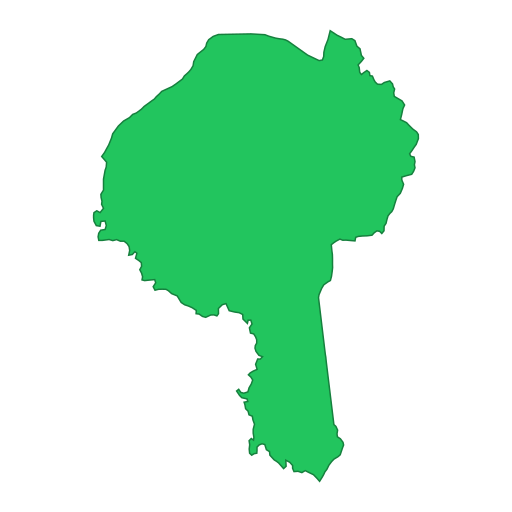 outline of Xambioá, Tocantins, Brazil
{"feature_id": "56859067B21009603096166", "entity_name": "Xambioá", "entity_type": "district", "adm_level": 2, "iso_a3": "BRA", "parent_name": "Brazil", "parent_adm1": "Tocantins", "projection": "mercator", "projection_center": [-48.449, -6.599], "detail": "fine", "context": "isolated", "style": "filled", "palette": "green", "viewbox_px": 512, "rotation_deg": 0, "n_neighbors": 0, "source": "geoboundaries", "source_scale": "gbopen_adm2", "svg_char_len": 4111}
<svg xmlns="http://www.w3.org/2000/svg" viewBox="0 0 512 512"><path d="M101.7,156.5L106.6,162.2L106.2,167.1L105.1,170.3L103.5,179.1L103.5,190.1L100.9,194.3L101.1,197.5L102.0,201.3L101.6,204.3L103.5,208.3L100.1,212.6L96.8,210.8L94.0,212.6L93.6,215.1L93.6,217.9L94.0,221.3L96.3,225.6L100.0,226.2L100.9,221.4L105.1,221.0L106.3,225.6L105.1,229.5L100.7,230.2L98.7,233.3L98.1,236.8L98.8,240.4L102.3,240.4L109.1,239.5L112.8,240.6L116.6,239.6L120.4,241.2L124.1,241.2L127.1,243.6L129.1,246.6L129.7,250.5L128.7,255.2L132.3,254.5L134.9,251.7L136.9,253.2L135.5,258.3L138.8,260.5L141.3,262.6L141.6,266.3L139.8,269.7L141.6,273.2L142.6,276.8L142.0,279.9L144.6,280.6L149.2,280.1L154.7,279.6L155.7,282.8L153.2,286.7L155.0,290.2L158.5,289.3L162.1,289.2L166.0,289.3L168.4,290.7L171.6,293.6L177.2,295.9L181.2,302.5L184.7,304.8L188.4,306.0L192.2,307.7L196.3,310.4L196.1,313.7L199.2,314.1L202.4,316.4L205.7,317.3L210.7,315.0L214.0,314.9L216.9,315.9L218.5,313.7L218.4,308.5L222.3,304.7L226.0,303.6L229.2,310.7L234.5,312.0L239.2,312.7L242.7,314.5L243.0,319.1L247.4,323.4L248.1,320.2L250.8,320.1L252.0,324.0L249.4,327.8L250.5,333.1L253.7,333.9L255.6,336.9L256.7,339.8L256.7,343.1L255.3,345.6L255.0,348.2L256.0,351.4L258.9,355.3L262.5,356.7L260.3,359.1L257.7,359.0L255.6,364.3L256.4,366.9L257.1,369.4L253.2,371.1L250.2,372.9L248.4,374.8L250.8,377.0L252.7,380.0L251.3,384.0L249.1,387.7L247.9,391.9L243.8,393.2L240.8,392.4L238.7,389.3L236.6,391.0L239.6,395.5L241.8,397.7L247.0,398.9L247.8,401.5L244.1,402.2L244.9,404.6L245.6,408.7L248.1,411.2L249.0,414.8L252.3,416.2L252.9,419.7L254.5,424.2L253.2,429.3L253.2,433.2L253.9,437.4L253.5,440.1L251.3,438.5L249.1,440.7L249.7,444.8L249.2,449.0L249.6,453.2L251.7,455.2L254.1,453.7L256.8,453.2L257.0,450.4L257.0,447.1L259.2,444.9L262.0,443.8L264.8,444.5L266.4,449.7L269.5,451.6L269.9,455.2L274.2,459.9L276.5,461.3L278.6,462.9L283.6,468.6L286.1,466.3L285.8,460.2L289.8,462.3L292.6,465.5L292.6,468.3L294.0,471.6L298.0,471.3L301.9,472.6L305.2,470.6L307.7,471.9L313.5,474.7L316.9,478.2L319.6,481.3L322.3,477.0L323.6,474.7L324.9,471.9L326.9,469.3L328.9,465.2L331.6,461.6L334.0,459.1L338.0,456.7L340.2,454.8L341.0,452.4L342.6,447.6L343.6,445.0L343.0,442.3L340.4,438.8L337.4,436.8L337.0,433.8L337.6,430.1L335.9,426.4L333.9,424.6L327.8,374.6L326.2,361.3L325.8,357.2L325.3,354.3L318.5,297.6L319.0,294.7L321.7,288.3L323.8,284.8L327.7,282.0L330.4,280.5L331.5,276.3L332.2,271.3L332.6,267.6L332.5,264.3L332.5,258.4L332.4,254.6L331.9,251.0L331.3,244.7L333.8,242.7L336.3,241.0L339.9,239.1L342.7,240.2L346.0,240.1L351.3,240.6L355.0,240.9L355.7,237.3L358.3,236.4L362.4,236.0L367.2,235.8L372.0,235.2L374.2,232.8L376.8,230.9L379.6,231.3L381.8,233.5L384.0,230.8L384.1,226.2L386.0,223.4L386.9,219.6L388.0,215.9L389.9,213.4L391.8,211.6L393.3,208.8L394.6,204.3L396.1,199.6L397.1,196.7L400.3,193.3L402.4,188.4L403.6,184.3L401.8,180.0L401.8,177.1L406.3,175.7L411.7,174.3L413.6,171.3L415.0,167.8L414.4,164.8L415.0,161.6L414.1,157.1L410.8,156.3L409.6,153.8L412.2,150.2L414.1,147.3L416.2,144.4L417.3,141.5L418.4,138.6L418.3,134.5L416.6,131.9L412.6,128.9L408.7,125.0L406.6,122.7L403.3,121.0L400.4,119.6L401.7,114.4L402.9,108.7L404.6,105.0L402.0,100.9L394.3,96.4L393.7,92.9L394.6,89.0L393.2,86.8L392.5,83.9L389.8,80.9L384.3,82.5L381.5,84.4L377.5,84.2L375.2,82.0L373.9,79.7L372.4,76.1L369.9,75.6L369.4,72.4L366.9,70.5L363.7,72.7L361.4,74.5L359.7,72.3L359.2,67.6L358.1,64.9L361.4,61.4L363.8,58.3L361.4,55.4L360.0,48.8L356.9,46.2L354.9,40.6L351.8,38.7L345.2,39.3L341.0,37.1L337.2,35.3L330.2,30.7L328.0,39.5L325.2,46.6L323.9,52.2L323.7,56.5L322.4,60.0L319.1,60.6L307.6,55.1L288.1,41.2L285.5,39.9L282.8,39.2L279.5,38.8L275.5,38.1L268.8,36.2L264.9,34.7L250.9,33.9L218.4,34.5L213.2,36.4L208.7,39.7L206.7,43.1L205.9,46.5L203.7,49.4L197.3,54.5L193.7,61.7L193.1,65.7L190.8,69.6L188.7,72.0L186.8,73.8L184.4,75.9L182.5,79.0L176.0,83.9L172.1,86.6L168.4,88.3L165.8,89.5L161.7,91.4L159.5,93.8L156.3,96.7L154.3,99.1L152.1,100.6L144.2,106.4L141.3,109.3L136.3,113.0L132.7,114.4L129.5,117.6L123.6,121.0L118.4,126.0L112.7,133.8L111.5,138.1L108.7,145.0L106.9,148.2L104.5,152.6L101.7,156.5Z" fill="#22c55e" stroke="#15803d" stroke-width="1.5"/></svg>